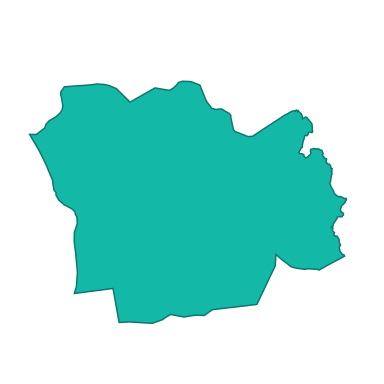 Gummi, Zamfara, Nigeria (Mercator projection), rotated 261°
{"feature_id": "59680162B37513478805829", "entity_name": "Gummi", "entity_type": "district", "adm_level": 2, "iso_a3": "NGA", "parent_name": "Nigeria", "parent_adm1": "Zamfara", "projection": "mercator", "projection_center": [5.146, 12.032], "detail": "fine", "context": "isolated", "style": "filled", "palette": "teal", "viewbox_px": 384, "rotation_deg": 261, "n_neighbors": 0, "source": "geoboundaries", "source_scale": "gbopen_adm2", "svg_char_len": 4152}
<svg xmlns="http://www.w3.org/2000/svg" viewBox="0 0 384 384"><g transform="rotate(261 192 192)"><path d="M255.6,309.8L255.0,308.8L255.9,308.6L256.5,308.3L256.5,307.7L256.2,307.3L256.3,306.6L255.9,306.4L255.7,306.4L255.6,306.0L256.0,305.7L256.2,305.1L256.2,303.6L255.9,302.6L255.1,300.4L254.6,299.3L254.0,297.9L253.9,296.7L237.6,260.6L237.9,256.3L237.9,256.2L245.1,243.8L247.4,242.6L250.3,242.5L259.0,242.0L261.5,242.3L263.8,241.0L266.3,237.8L269.2,234.6L269.7,232.1L269.7,229.0L270.5,226.6L271.6,224.6L278.3,221.0L282.3,219.7L296.4,216.5L301.2,208.3L302.9,199.8L302.3,195.9L299.8,193.1L297.4,189.6L295.9,185.5L300.6,171.7L297.2,162.9L296.0,159.5L290.5,144.9L306.0,133.4L310.2,126.6L311.8,122.4L312.0,121.9L312.6,119.3L312.9,117.8L313.6,115.0L313.6,111.9L313.6,109.4L315.9,82.4L311.4,78.1L308.6,77.5L305.8,77.9L301.8,77.9L297.2,77.9L293.7,76.7L291.0,74.4L287.7,69.6L286.2,66.0L284.7,62.0L283.0,60.0L281.5,58.3L279.8,57.3L278.3,56.7L276.6,53.5L273.2,47.3L274.3,40.6L265.7,44.0L258.1,47.0L252.5,48.9L242.3,52.0L224.9,56.2L223.0,56.0L218.0,55.9L214.9,56.1L214.3,56.6L214.2,56.6L212.8,57.6L210.2,57.2L205.0,59.1L203.0,60.7L202.3,61.4L201.5,62.2L199.3,63.6L198.2,65.5L197.8,65.9L194.8,69.9L193.7,71.0L192.8,71.9L190.3,73.4L188.5,73.3L185.1,74.4L178.5,73.7L170.6,69.5L161.2,67.9L149.3,67.5L130.7,66.3L116.6,63.0L110.2,59.9L109.1,98.8L101.4,99.1L74.6,99.6L73.5,109.6L68.5,132.4L70.6,143.2L71.6,144.9L74.4,151.7L69.8,164.5L69.8,175.4L69.3,179.3L68.1,184.8L72.6,193.7L70.8,238.5L106.3,262.8L117.2,265.1L113.1,268.5L110.3,270.9L106.4,274.8L103.0,277.8L102.0,279.4L100.3,283.6L98.9,288.2L98.0,291.1L97.9,292.5L98.1,294.1L97.6,296.6L96.9,299.4L96.4,301.8L96.6,302.9L95.0,305.2L99.4,317.1L104.8,332.8L106.2,332.2L106.6,330.9L107.7,330.4L109.2,329.5L110.1,328.9L111.8,328.9L113.6,328.7L115.3,329.2L115.7,330.0L116.3,330.4L117.8,330.0L119.1,329.5L119.7,329.4L121.4,330.0L122.4,329.7L124.5,328.9L125.8,328.2L126.3,326.2L127.1,325.5L128.2,325.5L128.7,326.0L129.6,326.4L130.8,325.3L132.0,324.8L134.4,325.5L134.9,324.6L135.0,324.0L135.8,324.2L136.3,326.0L138.4,326.6L141.0,329.1L142.2,330.3L143.3,331.2L144.3,331.5L144.8,332.8L144.7,333.6L144.2,334.4L144.2,335.7L144.2,336.5L145.0,336.9L145.6,338.0L146.6,338.2L147.4,338.1L147.5,337.6L148.2,337.3L148.7,336.6L149.2,336.3L150.8,335.8L151.9,336.1L153.3,336.7L154.5,337.4L155.3,337.8L155.9,339.2L156.5,340.0L157.6,341.3L158.2,341.8L159.0,342.0L159.5,342.8L159.9,343.1L160.5,343.4L161.7,343.1L161.5,341.9L162.4,340.6L163.6,339.0L164.3,337.9L164.4,336.8L164.6,335.7L165.2,334.7L165.7,334.6L166.5,333.8L167.6,332.8L169.0,332.1L170.5,332.1L173.3,331.0L174.3,330.6L175.1,330.2L176.3,330.0L177.8,329.8L178.9,329.5L180.8,330.3L181.4,330.9L183.2,331.1L184.5,331.7L186.1,332.1L187.7,332.9L188.9,333.3L190.0,332.8L190.6,333.2L191.0,333.7L191.6,333.7L192.2,333.6L192.8,333.7L193.1,334.0L193.4,333.1L194.4,332.8L194.9,333.1L196.0,333.0L197.1,332.5L198.1,332.0L198.5,330.0L199.4,329.5L199.9,329.7L200.9,329.2L202.1,329.5L202.9,329.8L203.4,330.1L203.9,329.9L204.2,329.1L204.4,328.2L205.7,327.6L206.2,327.7L206.7,327.0L207.6,326.8L208.7,326.9L209.0,327.3L209.6,327.5L210.8,327.2L212.2,327.0L212.9,326.6L213.5,325.3L214.2,324.6L214.7,323.7L214.9,323.0L214.9,322.3L215.2,321.4L215.4,320.2L215.9,319.3L215.9,318.5L215.5,317.5L215.6,316.9L215.7,316.3L215.4,315.8L214.5,315.5L213.5,315.4L212.4,315.5L211.5,315.5L210.9,315.0L210.3,314.3L209.9,313.5L209.3,312.7L208.6,311.8L208.4,311.1L208.0,310.6L207.8,309.9L208.3,309.3L209.1,308.7L209.7,308.3L210.3,308.3L211.4,308.3L212.0,307.5L212.5,306.8L212.8,306.2L212.8,305.5L212.9,304.7L213.1,304.1L214.1,303.9L215.2,304.3L216.3,305.1L216.8,305.8L217.7,306.0L218.6,306.8L218.5,307.3L218.9,307.9L219.9,308.3L221.0,308.2L221.8,308.7L223.1,309.1L224.3,309.5L226.1,310.5L227.2,311.1L228.7,311.6L229.7,312.1L230.1,312.6L230.0,313.6L229.6,314.3L230.2,315.3L231.2,315.9L232.1,316.2L232.7,316.6L232.7,317.5L232.3,318.4L232.0,319.3L232.1,320.2L232.7,320.5L233.8,320.7L234.4,320.4L236.4,320.9L240.6,321.1L247.8,317.0L248.3,315.8L246.9,312.5L248.2,312.7L249.2,312.8L249.7,312.9L250.7,312.5L251.7,312.3L252.4,312.1L253.1,311.4L254.4,310.3L255.6,309.8Z" fill="#14b8a6" stroke="#0f766e" stroke-width="1.5"/></g></svg>